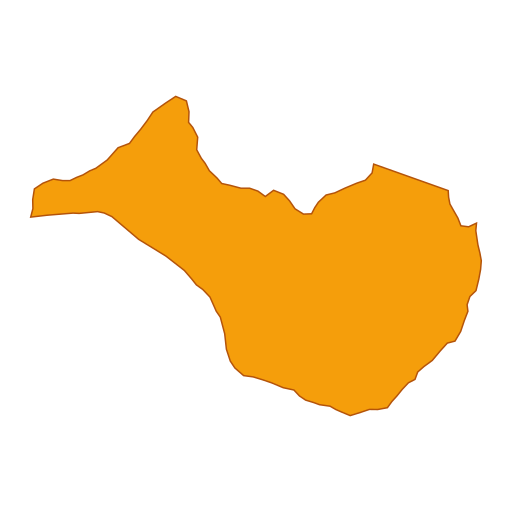 Pedrinhas Paulista, São Paulo, Brazil (Mercator projection)
{"feature_id": "56859067B86828708570906", "entity_name": "Pedrinhas Paulista", "entity_type": "district", "adm_level": 2, "iso_a3": "BRA", "parent_name": "Brazil", "parent_adm1": "São Paulo", "projection": "mercator", "projection_center": [-50.812, -22.814], "detail": "fine", "context": "isolated", "style": "filled", "palette": "amber", "viewbox_px": 512, "rotation_deg": 0, "n_neighbors": 0, "source": "geoboundaries", "source_scale": "gbopen_adm2", "svg_char_len": 1567}
<svg xmlns="http://www.w3.org/2000/svg" viewBox="0 0 512 512"><path d="M186.4,100.9L175.7,96.4L165.7,103.0L152.9,112.0L147.2,120.6L140.4,129.6L134.6,136.5L129.5,143.4L118.1,147.7L107.2,160.0L95.8,168.3L89.8,170.8L83.0,174.9L76.6,177.4L70.0,180.6L62.6,180.6L53.3,179.1L42.9,183.2L34.4,188.9L32.7,199.6L32.9,208.6L30.7,217.1L47.3,215.2L73.0,213.1L79.2,213.4L97.6,211.6L104.2,213.0L111.9,216.6L138.7,239.4L165.8,256.0L184.4,270.5L191.8,279.1L196.4,284.9L202.8,289.5L210.0,297.1L216.3,311.3L220.3,317.1L224.7,333.7L226.4,349.2L230.3,361.1L234.9,368.0L243.6,375.6L253.2,376.9L262.7,379.8L271.5,382.8L283.2,387.7L293.9,390.0L299.5,396.0L305.6,400.1L313.8,402.6L319.5,404.7L330.1,406.2L335.8,409.5L342.2,412.3L350.2,415.6L360.8,412.3L369.4,409.4L377.7,409.5L387.4,407.7L391.9,401.5L396.7,396.2L402.3,389.3L408.4,382.8L415.0,379.4L417.7,372.0L424.0,366.5L432.3,360.4L439.9,351.3L447.3,343.1L455.0,341.1L460.7,331.4L464.3,320.6L467.9,311.3L467.1,304.7L469.9,296.5L476.0,290.6L478.8,279.1L480.6,269.4L481.3,260.7L479.9,253.1L477.9,244.8L475.8,230.7L476.5,223.1L468.6,226.8L460.9,225.8L457.9,218.1L453.0,209.5L449.9,204.0L448.6,197.2L448.2,190.6L373.7,164.1L372.1,172.9L365.4,180.2L356.7,183.2L344.8,188.2L334.8,192.9L326.1,195.0L318.4,202.2L314.8,207.6L311.6,213.8L303.5,214.1L295.0,208.8L289.5,200.8L283.6,194.3L273.6,190.3L265.3,196.5L257.9,191.1L249.6,188.2L240.9,188.2L230.0,185.3L221.7,183.5L217.0,178.0L209.4,170.8L205.1,163.3L201.3,158.3L196.7,149.8L197.7,137.2L192.8,127.5L188.6,122.4L189.0,111.7L186.4,100.9Z" fill="#f59e0b" stroke="#b45309" stroke-width="1.5"/></svg>